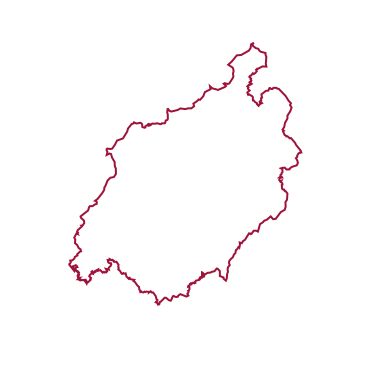 the district of Nilphamari, Rangpur, Bangladesh, rotated 52°
{"feature_id": "16705992B74406959438199", "entity_name": "Nilphamari", "entity_type": "district", "adm_level": 2, "iso_a3": "BGD", "parent_name": "Bangladesh", "parent_adm1": "Rangpur", "projection": "orthographic", "projection_center": [88.949, 26.021], "detail": "fine", "context": "isolated", "style": "outline", "palette": "rose", "viewbox_px": 384, "rotation_deg": 52, "n_neighbors": 0, "source": "geoboundaries", "source_scale": "gbopen_adm2", "svg_char_len": 6034}
<svg xmlns="http://www.w3.org/2000/svg" viewBox="0 0 384 384"><g transform="rotate(52 192 192)"><path d="M193.2,333.9L195.7,329.8L196.9,330.0L196.1,330.6L196.5,331.3L197.4,330.5L197.5,331.2L199.3,331.4L198.8,330.7L199.3,330.7L198.0,330.0L199.1,329.7L198.8,325.9L198.0,325.9L197.6,324.5L195.2,324.9L194.5,323.7L194.3,321.9L194.5,321.0L195.3,320.5L194.1,320.0L193.1,320.3L193.0,319.4L195.2,319.2L195.5,317.5L194.6,317.3L195.2,313.7L196.1,314.8L197.2,312.3L200.4,312.1L200.3,311.2L201.4,310.8L201.4,309.8L202.5,309.2L202.3,307.7L199.5,307.2L202.0,305.3L200.9,304.9L200.3,303.8L200.2,301.7L199.3,300.1L198.3,299.7L197.3,300.9L195.9,301.3L193.7,300.3L195.0,298.9L194.1,298.2L196.3,297.2L196.5,296.4L198.1,296.0L198.4,296.5L199.2,296.3L200.4,294.5L204.1,294.7L205.7,296.3L206.8,296.5L207.7,297.8L209.5,297.3L213.2,297.7L213.6,297.4L213.6,296.0L214.5,295.9L215.2,294.4L218.2,295.7L221.6,295.3L221.8,294.7L220.4,293.6L222.5,294.4L225.7,291.6L226.1,292.9L227.9,292.4L232.2,292.6L234.1,292.2L236.5,293.6L238.9,293.3L238.7,295.1L239.7,293.3L241.2,292.2L241.3,290.7L242.1,290.4L242.3,289.4L244.4,287.2L244.7,287.6L244.8,285.7L246.4,285.6L247.2,284.5L251.8,284.7L254.4,285.9L255.9,285.7L256.4,286.2L256.5,288.4L259.2,287.3L259.3,288.0L259.9,288.1L260.3,286.9L258.9,285.1L259.2,284.2L258.5,278.6L259.3,277.6L263.0,276.8L264.4,275.9L264.6,275.4L262.4,271.4L262.5,270.6L264.6,269.5L265.8,267.9L265.2,266.6L265.3,264.1L270.9,260.8L271.4,258.6L269.4,258.4L269.0,256.8L268.1,255.8L267.5,255.9L267.4,254.5L266.6,253.4L265.0,252.4L264.2,252.7L264.1,253.3L263.8,253.0L263.9,250.7L263.3,250.5L263.1,249.1L263.8,248.2L264.2,248.5L264.1,247.0L264.5,246.4L265.4,246.4L265.7,245.3L264.6,244.8L264.3,243.4L265.8,240.2L265.4,238.4L264.9,238.1L264.5,238.7L264.2,237.9L265.0,236.5L265.6,236.5L265.5,235.2L266.0,234.6L265.7,234.1L265.0,234.3L265.0,235.0L264.3,235.7L261.5,233.6L262.3,233.2L263.5,233.6L265.0,232.2L265.3,229.4L267.0,226.9L267.0,225.8L268.3,223.0L267.5,219.7L268.4,219.0L271.6,218.8L275.4,221.8L278.7,219.8L279.8,220.5L282.7,219.9L281.5,217.8L278.3,214.8L277.0,212.8L274.6,211.4L273.4,209.8L272.8,207.2L271.0,206.7L269.5,205.4L268.8,203.4L268.5,199.8L267.1,197.5L266.8,195.3L264.8,193.2L264.9,191.7L263.9,189.2L264.0,188.6L264.8,188.7L263.0,186.6L261.2,185.5L263.0,184.3L262.1,182.1L262.3,179.7L259.7,172.5L261.1,171.8L260.9,171.3L261.6,170.8L260.5,167.3L261.8,165.4L263.8,164.4L259.2,158.2L259.5,154.8L259.1,152.8L259.9,150.0L259.7,145.0L263.4,144.8L264.7,142.5L262.5,134.6L263.1,129.9L261.3,127.3L257.4,124.5L256.6,121.9L251.9,117.7L249.1,117.7L248.5,118.3L246.9,117.9L246.5,118.6L244.8,119.0L241.7,116.9L241.9,116.2L240.6,115.4L238.9,115.9L238.2,114.6L237.9,116.0L236.1,115.8L235.0,113.7L236.1,112.1L235.3,112.0L234.3,113.7L234.2,112.6L233.0,111.8L233.1,110.6L232.3,109.8L232.1,108.5L229.7,106.8L228.1,107.4L228.9,105.3L230.0,103.9L232.4,103.7L234.2,101.3L233.7,100.7L233.7,97.8L235.5,93.0L234.3,90.7L232.3,89.7L229.2,89.2L229.1,87.4L228.1,86.7L227.1,84.2L227.9,82.2L227.6,82.3L227.5,81.4L226.8,81.4L226.5,80.9L218.9,81.0L216.7,80.5L210.4,80.8L210.0,81.9L207.0,82.4L206.3,83.4L205.9,83.1L204.0,83.9L200.2,82.9L200.3,81.9L198.6,82.2L197.6,79.4L194.7,76.0L192.9,71.6L190.6,69.8L188.8,64.7L186.7,61.5L183.8,61.2L183.0,59.4L179.4,59.7L174.2,59.1L164.3,60.1L163.0,61.2L162.0,61.3L160.0,63.7L160.4,65.2L159.6,66.2L158.1,66.5L157.8,67.0L159.1,69.4L157.8,71.5L157.8,77.2L160.8,78.7L160.6,79.9L162.4,81.0L162.4,83.0L163.1,83.3L164.2,82.1L165.1,82.1L164.5,84.2L165.1,86.5L162.8,86.7L162.4,86.1L159.5,87.0L157.2,87.0L157.1,87.4L154.6,85.6L153.6,85.6L150.0,87.0L150.0,87.9L148.4,87.5L147.6,87.1L147.5,84.1L145.8,84.4L144.7,84.1L144.3,83.1L142.8,83.4L142.5,80.8L143.3,80.6L143.5,78.4L140.9,79.0L140.9,77.8L141.3,77.7L140.8,76.6L139.2,76.4L139.0,75.6L136.6,76.0L136.2,74.8L136.6,73.9L135.9,70.9L137.1,70.7L137.2,68.8L136.7,66.6L135.1,66.2L135.0,64.9L135.4,64.9L136.4,59.2L139.0,56.2L136.4,54.9L131.4,50.3L128.8,49.4L127.7,48.5L123.9,51.4L122.5,51.9L120.0,51.6L118.0,53.1L114.6,54.0L112.7,53.3L112.5,51.4L112.0,54.5L114.5,57.0L115.6,60.1L114.3,68.9L111.9,72.6L113.7,80.5L114.0,85.1L118.6,83.5L119.9,83.5L122.4,84.8L124.0,86.9L126.1,88.0L127.1,89.2L129.4,95.7L128.8,97.4L126.3,99.3L126.2,100.4L129.4,99.9L129.5,101.4L127.6,108.6L122.7,112.2L119.7,112.7L122.4,114.2L121.2,120.3L123.5,124.2L124.3,129.0L123.1,129.9L123.5,131.8L123.2,136.5L125.7,137.5L125.7,141.0L123.8,143.4L122.5,146.3L119.0,149.7L118.6,152.7L115.9,158.7L114.1,159.8L111.8,159.7L111.6,160.2L114.2,162.7L115.7,163.2L119.4,165.9L120.0,167.0L119.5,168.8L121.0,170.5L121.0,171.3L119.3,173.5L119.5,174.3L119.0,175.2L116.3,177.2L115.5,179.1L113.6,181.2L113.8,183.5L113.1,185.4L112.1,185.4L112.3,183.7L111.6,184.2L111.6,185.4L112.2,186.0L111.6,186.9L111.5,188.4L112.4,189.0L112.1,189.9L110.2,191.1L107.8,189.5L105.8,189.9L103.8,193.6L101.4,194.9L102.0,195.8L101.3,197.6L102.6,203.4L104.4,205.7L107.3,213.4L105.3,219.5L107.3,223.6L108.7,228.2L107.8,230.0L105.6,232.0L105.6,232.8L106.3,233.5L108.4,234.0L110.3,236.4L110.9,233.3L112.3,232.4L115.6,233.8L120.8,234.5L123.8,236.7L126.8,237.7L131.0,240.9L132.1,244.4L130.5,247.6L131.0,251.5L134.0,256.7L134.4,258.2L136.2,259.8L137.5,263.1L139.3,270.5L139.3,273.8L140.3,273.1L141.7,273.4L142.7,274.7L142.1,275.7L141.9,279.1L140.3,281.2L140.6,282.5L142.6,285.2L142.6,294.8L143.9,295.4L147.9,294.7L150.1,296.0L151.0,298.7L150.4,299.8L151.2,299.7L151.4,300.3L151.7,305.5L152.6,307.0L153.8,306.9L153.8,307.7L154.9,307.9L153.6,308.7L155.4,312.8L157.7,313.3L160.2,315.7L163.1,315.1L166.4,315.8L168.5,315.1L170.4,315.9L170.0,316.8L170.4,320.9L171.5,321.4L171.0,324.2L172.0,325.6L172.2,328.2L171.1,330.2L172.6,330.6L173.3,332.0L173.1,332.7L173.8,333.5L182.0,333.4L181.3,332.2L180.1,331.5L178.1,332.6L177.1,332.2L178.1,328.7L179.0,328.3L180.5,328.6L180.0,329.3L180.2,330.4L182.1,331.8L184.5,331.5L183.6,331.1L184.4,330.7L186.1,330.7L187.5,333.6L188.0,333.6L188.2,332.7L188.7,333.4L188.5,334.1L189.2,334.5L189.2,333.9L190.0,334.6L190.5,333.6L190.6,335.5L191.6,334.3L192.8,335.4L192.0,333.8L192.8,333.4L193.2,333.9Z" fill="none" stroke="#9f1239" stroke-width="2"/></g></svg>